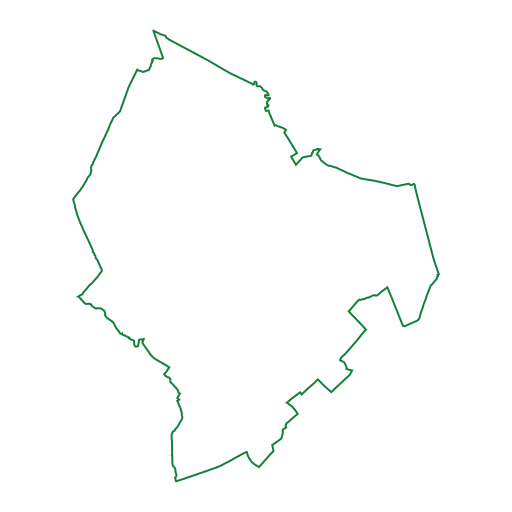 outline of Gropnita, Iasi, Romania
{"feature_id": "2599482B43647802232250", "entity_name": "Gropnita", "entity_type": "district", "adm_level": 2, "iso_a3": "ROU", "parent_name": "Romania", "parent_adm1": "Iasi", "projection": "mercator", "projection_center": [27.271, 47.378], "detail": "fine", "context": "isolated", "style": "outline", "palette": "green", "viewbox_px": 512, "rotation_deg": 0, "n_neighbors": 0, "source": "geoboundaries", "source_scale": "gbopen_adm2", "svg_char_len": 5960}
<svg xmlns="http://www.w3.org/2000/svg" viewBox="0 0 512 512"><path d="M430.8,285.4L432.0,284.5L433.5,282.6L436.7,278.9L437.0,277.1L438.2,275.9L437.6,274.9L438.8,274.2L433.7,259.4L417.7,197.9L415.6,189.5L414.6,184.7L414.0,183.9L410.9,185.2L408.7,183.7L397.7,186.0L396.2,186.0L385.8,183.3L374.8,180.8L360.8,178.5L346.3,172.4L343.4,170.9L339.6,169.3L336.3,167.6L333.3,166.9L330.7,165.9L329.1,165.9L326.4,164.6L321.4,160.6L320.5,159.3L319.2,156.5L319.0,156.1L318.2,155.3L316.9,154.5L317.4,153.4L318.6,151.4L320.2,149.3L317.1,148.9L317.0,149.2L316.3,149.7L315.8,149.8L315.1,149.8L313.5,150.4L313.1,150.8L312.6,152.7L311.9,153.1L311.4,155.6L310.6,155.9L303.6,157.1L302.9,157.4L302.2,158.0L300.5,159.8L296.0,164.8L291.1,156.7L297.0,153.1L287.7,137.8L284.3,132.7L286.0,129.8L282.6,127.8L281.4,127.3L280.6,127.2L275.5,125.2L274.6,125.6L271.4,118.1L271.0,116.7L270.7,116.3L269.6,113.8L269.2,112.7L269.1,111.8L268.7,110.7L268.2,110.4L266.3,111.0L266.0,110.9L265.8,110.7L265.0,108.2L265.1,107.7L265.6,107.4L266.8,107.2L267.5,106.8L268.0,106.4L268.3,106.1L268.4,105.8L268.4,105.4L268.3,105.1L267.1,104.8L267.1,103.7L266.9,102.3L267.0,102.0L267.3,101.5L269.8,99.2L270.1,98.4L270.0,98.1L269.8,97.9L269.4,97.8L268.4,98.2L267.5,98.3L265.2,97.1L264.9,96.6L264.9,95.9L265.2,95.1L265.9,95.0L268.0,95.4L268.5,95.2L268.5,94.4L267.2,92.3L265.9,91.2L263.7,90.4L262.9,89.7L262.0,88.0L260.5,86.5L258.9,86.2L257.4,86.3L256.7,85.9L256.4,84.8L256.7,83.6L256.5,82.5L256.3,82.1L255.7,81.8L255.1,81.6L254.6,82.0L254.2,82.7L254.0,84.1L253.6,84.6L253.4,84.6L249.5,82.5L231.2,73.8L221.3,68.2L209.7,61.3L169.1,39.6L166.2,37.4L165.9,36.5L165.5,35.9L165.0,35.6L160.5,34.2L153.5,30.7L153.4,30.8L163.1,58.0L162.1,58.7L160.6,58.9L157.2,58.3L154.2,58.2L152.5,59.1L151.9,60.8L152.7,61.1L151.1,64.1L150.8,66.0L149.8,67.9L149.2,69.5L148.8,70.2L147.8,70.2L144.4,71.6L142.9,71.9L142.2,71.8L140.6,70.8L138.8,70.7L137.9,70.3L137.2,69.7L128.6,87.2L119.9,111.6L113.2,117.8L112.8,119.0L110.2,124.2L108.1,129.7L106.2,133.6L104.2,138.2L102.7,141.0L101.3,144.2L99.4,148.9L97.7,152.7L96.5,155.9L93.3,162.0L92.9,163.3L92.8,164.0L91.4,165.9L91.2,166.7L91.1,168.3L91.1,168.9L91.3,169.8L91.2,171.4L90.4,174.4L88.3,176.9L87.2,178.5L86.8,179.7L86.1,180.9L85.2,182.2L82.9,186.3L81.0,188.9L80.3,190.1L78.9,191.7L73.6,198.5L73.4,198.9L73.2,199.4L73.6,201.1L74.6,204.5L75.2,207.4L77.2,214.9L80.0,222.1L82.3,227.3L83.1,229.4L87.4,238.4L92.1,248.7L92.6,250.0L92.9,251.0L92.8,252.1L94.1,253.3L94.5,254.3L94.5,255.0L95.2,255.7L95.5,256.3L95.8,258.1L96.0,258.5L96.9,259.4L97.7,260.6L100.4,266.9L101.6,269.3L101.9,270.7L101.3,271.8L99.7,273.8L97.0,277.5L92.9,281.9L91.8,283.4L90.6,284.1L89.5,285.2L88.3,286.7L87.9,287.3L84.3,291.3L81.9,294.7L80.5,295.1L78.2,296.6L78.8,296.7L79.3,297.2L81.1,299.4L82.9,301.1L84.0,302.7L85.9,303.9L86.4,304.0L88.8,303.7L90.6,304.1L90.9,304.2L92.0,306.0L92.8,306.6L96.0,308.6L96.3,308.6L97.4,308.2L99.7,308.3L101.0,308.4L102.4,309.3L103.8,310.4L104.6,311.5L104.8,312.3L105.2,313.1L105.3,314.0L105.0,314.5L104.9,314.8L104.9,315.0L106.2,317.0L108.5,319.1L110.0,319.9L113.0,322.2L114.0,323.7L115.7,327.2L116.5,328.5L117.2,329.2L117.5,329.7L118.0,330.2L118.3,330.6L118.6,330.8L118.7,331.3L119.4,332.3L119.9,333.2L120.5,333.6L121.4,333.9L121.7,333.9L122.0,333.7L122.0,334.2L123.1,335.0L124.9,335.4L125.6,336.1L126.3,336.4L128.2,337.0L129.4,337.9L129.1,338.4L131.6,339.8L131.8,339.7L133.1,340.3L133.9,340.5L134.3,344.5L134.7,345.8L135.4,346.5L136.7,346.5L138.0,346.2L138.2,345.9L138.3,344.3L138.6,343.3L138.9,340.0L140.2,339.3L141.1,339.4L141.7,339.7L142.2,339.6L142.9,339.2L143.7,339.1L142.4,342.6L142.6,343.0L143.6,344.8L149.1,352.4L149.7,353.6L152.5,356.9L155.7,359.3L157.2,360.1L159.7,361.7L161.4,362.5L164.3,364.4L165.4,364.8L169.3,367.4L166.5,371.5L164.4,374.1L164.2,374.2L164.6,374.9L165.6,376.0L166.5,376.4L167.4,377.1L168.6,377.4L169.3,377.8L170.0,378.6L170.4,379.8L170.4,382.2L170.6,382.6L171.1,382.8L172.2,383.7L177.6,389.8L178.2,391.2L178.5,392.5L179.0,393.0L179.9,393.6L177.3,398.0L179.2,399.7L177.3,400.8L177.5,401.3L178.1,401.9L178.4,402.8L178.3,403.6L178.6,403.9L179.3,405.8L179.3,406.0L179.9,406.9L180.6,408.5L180.6,409.1L180.9,410.0L180.9,410.6L181.6,412.1L181.7,412.7L181.8,415.0L182.2,416.6L182.4,417.6L181.3,420.3L179.8,422.5L179.4,423.5L177.5,426.8L175.9,428.4L175.5,429.2L174.4,430.9L173.2,431.4L172.8,431.8L171.5,434.9L171.6,435.6L171.7,438.9L172.0,441.9L172.1,451.3L172.2,454.5L171.8,455.6L172.0,455.9L172.2,456.0L172.3,456.8L172.4,464.0L172.8,465.6L173.3,466.4L173.9,467.0L174.5,467.4L174.6,467.6L175.2,469.2L175.5,470.2L175.5,471.9L175.7,472.7L176.2,473.7L176.5,475.5L175.9,476.7L175.1,477.7L175.0,477.9L175.5,478.8L175.6,479.3L175.6,480.2L176.1,481.0L176.2,481.3L184.5,478.6L202.5,472.4L212.7,468.8L216.0,467.7L220.1,466.0L230.3,460.7L235.2,457.9L244.0,453.1L246.3,452.0L246.6,452.0L246.9,452.3L247.5,454.7L248.2,456.4L249.5,458.9L251.8,462.0L252.6,462.8L255.2,464.8L259.0,467.1L269.8,454.9L273.5,451.1L272.3,445.0L281.3,438.7L282.2,435.5L282.6,433.9L282.8,432.3L282.7,429.8L286.2,427.4L285.8,426.7L285.7,426.2L285.7,425.7L285.8,425.3L285.7,425.1L285.8,424.9L286.3,424.3L286.4,423.3L288.3,422.1L292.0,418.6L297.6,414.0L296.7,412.4L294.7,409.4L293.1,407.8L292.6,407.0L288.2,403.6L287.8,403.1L286.8,402.7L292.0,398.4L300.1,392.3L301.6,394.5L309.0,387.5L313.4,383.8L317.8,379.4L324.4,386.0L331.2,392.1L349.9,374.7L352.1,370.5L346.4,369.0L346.5,367.8L346.4,367.0L346.1,366.1L344.5,362.7L343.8,362.1L340.1,360.2L340.4,359.5L340.6,358.6L341.9,356.7L345.0,354.2L347.3,351.5L350.0,348.5L358.0,339.2L361.2,335.0L364.7,330.9L366.0,329.6L361.5,324.7L348.7,311.4L351.0,308.8L358.2,300.4L359.5,299.6L360.0,300.1L362.2,299.3L363.6,299.0L364.7,299.0L366.5,297.8L368.2,297.6L369.0,297.4L373.8,295.1L374.2,295.1L375.7,295.6L376.9,295.5L379.3,293.8L380.9,292.2L387.3,287.3L391.6,297.5L402.9,325.8L404.7,326.2L417.3,320.6L418.1,320.0L419.1,318.7L419.4,318.2L420.2,315.2L421.4,311.1L422.6,308.2L423.7,304.1L425.4,299.9L426.9,295.4L430.8,285.4Z" fill="none" stroke="#15803d" stroke-width="2"/></svg>